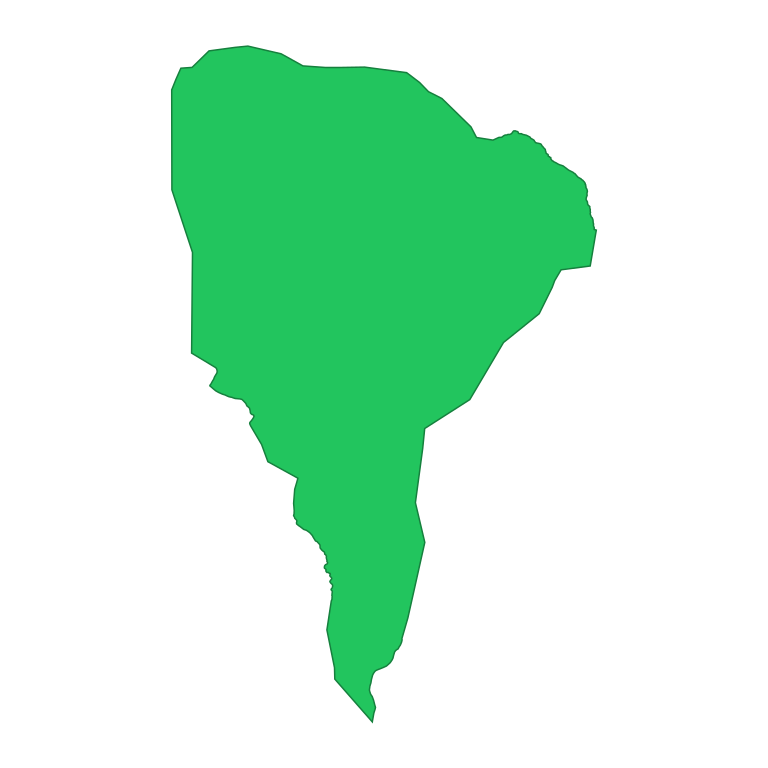 outline of Bayangovi, Bayanhongor, Mongolia
{"feature_id": "93677404B31691504211016", "entity_name": "Bayangovi", "entity_type": "district", "adm_level": 2, "iso_a3": "MNG", "parent_name": "Mongolia", "parent_adm1": "Bayanhongor", "projection": "mercator", "projection_center": [100.136, 44.533], "detail": "fine", "context": "isolated", "style": "filled", "palette": "green", "viewbox_px": 768, "rotation_deg": 0, "n_neighbors": 0, "source": "geoboundaries", "source_scale": "gbopen_adm2", "svg_char_len": 3907}
<svg xmlns="http://www.w3.org/2000/svg" viewBox="0 0 768 768"><path d="M171.9,189.8L177.0,205.4L181.1,217.8L185.7,231.8L192.5,252.4L191.6,353.1L215.8,367.7L216.6,368.9L216.9,369.9L217.2,371.1L216.9,373.0L215.3,375.6L214.4,377.2L213.7,379.2L212.5,381.1L210.8,384.2L209.9,385.3L209.9,385.9L211.8,387.5L213.4,388.9L215.7,390.8L218.5,392.4L222.3,394.1L225.1,395.0L227.2,396.0L228.6,396.6L230.1,397.0L232.1,397.4L233.0,397.8L235.2,398.5L239.8,398.9L241.9,399.4L243.4,400.8L245.8,403.4L246.9,405.9L248.3,407.0L249.5,408.2L250.1,410.5L250.4,412.8L251.0,413.7L252.0,414.5L253.0,414.8L253.7,415.3L254.0,416.3L253.3,418.0L251.4,420.7L249.9,422.4L249.7,423.7L250.6,425.8L261.6,444.5L267.9,461.7L297.9,478.2L296.7,482.5L294.7,489.3L293.6,503.5L293.9,506.4L294.0,507.9L294.2,510.7L294.1,512.3L294.1,513.6L293.6,515.7L294.4,516.9L294.8,518.3L295.6,519.1L296.5,520.0L296.9,521.0L296.5,522.6L296.6,523.9L298.7,525.7L299.7,526.3L301.9,528.0L303.7,529.4L306.4,530.3L307.6,531.1L309.8,532.7L312.3,535.5L313.2,537.2L315.4,540.8L316.2,541.3L317.3,541.7L317.8,542.5L319.6,544.4L320.0,545.3L320.1,547.7L320.5,548.6L321.1,549.1L321.6,549.9L323.1,551.2L324.2,551.9L324.6,552.8L324.7,554.1L325.8,554.9L326.4,556.2L326.3,557.8L326.7,559.5L327.0,560.4L326.9,561.4L327.6,562.6L327.4,563.5L327.0,564.0L325.5,564.7L324.6,565.9L324.5,566.6L324.3,567.1L324.5,568.2L325.3,568.8L326.0,569.5L325.9,571.0L326.3,571.8L327.0,572.5L328.1,572.4L328.8,572.8L329.4,573.5L330.1,573.5L330.3,574.2L329.8,575.7L330.3,576.6L331.3,577.4L331.7,578.2L331.7,578.9L330.3,580.6L329.9,581.6L330.2,582.3L330.9,583.2L332.2,584.4L332.6,585.3L332.6,586.3L332.2,587.9L331.2,589.1L331.1,589.8L332.0,590.7L332.3,591.9L332.1,593.2L331.9,595.6L332.2,596.4L332.0,597.8L332.0,599.3L331.3,600.9L326.9,629.9L334.5,667.7L334.8,679.1L372.3,721.9L373.9,712.9L375.0,709.5L375.5,707.4L374.8,705.1L373.5,700.0L372.2,696.5L370.7,694.3L369.9,692.0L369.4,690.0L369.9,686.1L370.9,682.9L371.5,679.3L372.7,674.9L373.8,672.9L374.9,671.4L375.8,670.6L377.7,669.7L380.1,668.8L383.5,667.4L386.5,666.0L390.2,662.7L392.1,659.9L393.0,658.0L393.6,655.4L394.6,652.0L395.7,650.5L397.0,649.5L398.1,648.9L399.0,647.1L400.4,645.0L401.6,642.1L402.1,639.9L401.9,638.6L407.9,617.8L424.8,542.4L415.4,502.7L422.7,448.5L424.7,428.5L469.8,399.6L503.5,342.5L527.7,323.0L539.2,313.7L552.2,287.4L554.7,280.6L561.1,269.8L590.2,266.0L596.3,230.1L594.2,229.5L594.1,228.8L594.3,228.1L594.1,227.3L593.7,226.4L593.4,225.2L593.6,224.1L593.2,222.7L593.0,220.0L592.6,218.8L592.2,217.8L591.3,217.0L590.1,213.8L590.5,212.5L590.2,211.1L590.3,209.5L589.8,208.0L589.8,206.5L588.6,205.5L587.7,204.4L587.4,201.9L586.7,200.6L586.1,199.7L586.2,198.1L586.7,196.4L587.1,195.7L587.0,194.1L587.0,192.9L587.4,191.6L587.2,190.1L586.7,188.8L585.8,187.3L586.0,186.7L585.7,186.0L585.8,185.0L585.2,184.4L585.2,183.4L584.4,182.1L583.2,180.8L582.7,180.2L581.6,179.6L580.9,178.7L579.6,178.1L577.8,177.0L574.9,173.6L574.3,173.4L573.0,172.3L568.6,170.1L563.1,165.9L561.1,165.2L559.7,164.8L558.0,164.0L556.0,162.8L553.5,161.6L552.9,160.9L552.2,160.8L551.2,159.4L550.7,159.0L550.9,158.2L550.7,157.5L549.8,157.3L549.4,156.7L548.8,156.5L548.2,156.1L548.2,154.9L547.8,154.3L546.5,153.6L546.1,153.1L545.9,151.8L545.6,151.4L545.4,150.0L545.2,149.3L543.7,147.8L542.9,146.7L541.9,145.7L541.2,144.3L540.1,143.7L538.4,143.3L536.8,143.0L535.6,142.6L534.6,141.3L534.0,140.2L532.3,139.1L531.0,138.5L530.0,137.1L528.5,136.3L526.3,135.2L522.7,134.4L521.5,133.7L520.0,133.7L518.8,133.5L518.4,133.2L518.2,132.2L517.6,131.6L516.5,131.3L515.1,130.8L513.5,131.0L512.4,132.4L511.6,133.6L509.6,134.5L508.0,134.4L506.6,135.0L505.2,135.0L503.8,135.7L501.6,137.3L498.9,137.4L493.0,140.1L476.5,137.5L471.0,126.9L441.9,98.5L428.5,91.7L419.6,82.5L406.7,72.7L364.6,67.1L339.2,67.5L325.6,67.5L302.9,65.9L281.1,53.8L265.1,50.1L247.9,46.1L234.9,47.4L209.0,50.9L192.1,67.4L180.9,68.2L176.0,79.2L171.7,89.9L171.9,189.8Z" fill="#22c55e" stroke="#15803d" stroke-width="1.5"/></svg>